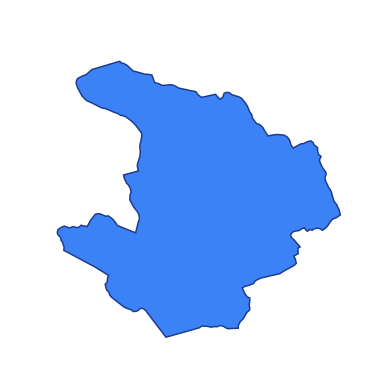 Iguatu, Ceará, Brazil, rotated 258°
{"feature_id": "56859067B45961762145701", "entity_name": "Iguatu", "entity_type": "district", "adm_level": 2, "iso_a3": "BRA", "parent_name": "Brazil", "parent_adm1": "Ceará", "projection": "robinson", "projection_center": [-39.268, -6.353], "detail": "fine", "context": "isolated", "style": "filled", "palette": "blue", "viewbox_px": 384, "rotation_deg": 258, "n_neighbors": 0, "source": "geoboundaries", "source_scale": "gbopen_adm2", "svg_char_len": 3473}
<svg xmlns="http://www.w3.org/2000/svg" viewBox="0 0 384 384"><g transform="rotate(258 192 192)"><path d="M57.7,171.2L58.9,173.5L58.1,176.5L57.5,178.8L55.8,182.7L55.7,185.9L55.0,188.3L55.4,190.5L55.2,193.0L53.7,195.2L51.7,197.3L50.7,199.1L50.3,202.3L49.1,208.9L52.0,209.7L55.2,212.3L57.0,215.3L59.2,217.5L60.8,218.9L62.8,220.6L64.3,223.6L66.7,224.5L69.0,224.4L71.1,224.9L73.6,225.9L76.4,226.5L77.9,224.2L81.0,222.8L84.6,221.9L87.7,221.3L88.7,224.1L88.8,227.8L89.3,231.2L89.8,233.4L92.0,235.4L93.5,241.1L93.7,251.6L93.8,260.7L96.2,267.3L98.9,276.6L100.6,279.2L104.6,279.1L108.2,278.4L109.0,280.8L109.5,283.0L112.4,283.4L115.1,284.1L115.8,286.3L123.5,282.1L126.6,280.0L129.4,279.4L131.8,281.8L132.3,285.3L132.0,288.7L133.2,291.7L133.6,294.6L131.3,295.3L129.6,296.7L130.9,299.6L129.6,301.6L130.6,303.7L130.7,306.7L129.7,309.3L127.4,311.8L129.2,315.6L131.3,318.3L133.8,320.7L136.3,324.0L136.8,327.6L137.8,330.2L138.7,332.3L143.9,332.2L147.3,331.3L149.5,331.0L151.5,329.8L154.0,328.9L156.3,328.8L159.0,328.5L163.0,328.3L165.7,327.7L168.2,326.5L171.4,325.9L173.4,325.3L176.4,324.8L179.0,325.3L181.4,327.0L183.9,326.9L187.0,325.4L190.4,324.2L194.0,323.5L196.9,323.3L199.9,325.6L202.7,323.5L205.6,323.4L209.5,324.0L212.9,321.1L215.2,320.7L217.3,318.9L217.3,316.4L216.8,313.6L216.2,311.1L216.5,308.6L215.6,305.7L214.7,302.6L213.9,300.2L217.3,298.6L220.5,298.5L223.1,298.0L225.9,296.7L228.2,294.3L229.2,291.7L230.6,287.1L231.0,282.3L231.0,278.0L237.1,275.7L240.4,274.7L242.7,273.2L244.4,271.5L245.6,269.3L249.1,267.7L252.0,266.4L255.1,266.6L258.1,265.2L261.7,264.5L264.7,264.0L268.6,262.4L272.3,260.6L274.0,259.3L275.5,257.4L278.9,251.2L281.4,249.2L282.3,246.5L281.8,243.9L278.1,241.7L276.9,238.5L280.6,236.4L282.6,235.4L282.6,227.6L282.6,221.1L285.8,218.1L289.3,216.7L290.6,213.9L291.5,211.3L293.1,208.2L294.8,204.2L296.4,200.7L298.8,198.0L300.2,196.2L301.4,193.6L302.1,187.1L302.6,184.7L304.4,182.7L306.9,178.2L310.9,177.7L314.8,177.0L316.1,173.9L316.9,170.7L318.7,167.3L321.1,162.7L322.6,159.5L328.4,155.6L330.1,154.2L331.4,152.5L333.0,149.8L334.9,148.4L332.6,119.6L328.8,112.9L328.4,109.9L327.4,105.4L326.4,103.2L324.2,101.8L322.2,101.3L320.1,101.5L317.6,101.8L309.0,104.3L304.1,107.3L302.3,109.2L300.9,111.3L298.9,113.8L297.2,116.0L295.5,118.0L292.7,121.8L291.5,124.8L288.6,129.1L286.5,131.9L284.0,136.0L281.9,138.0L280.9,140.5L279.3,142.9L276.3,145.6L271.0,149.7L263.8,153.3L259.9,155.0L256.4,154.2L252.5,152.6L249.7,151.2L246.4,150.2L244.1,150.1L240.5,149.4L237.5,148.3L234.0,146.4L231.2,144.7L228.8,143.9L226.3,143.9L223.7,143.7L222.9,128.6L220.0,128.6L217.2,129.1L214.8,129.7L211.0,131.7L207.6,132.5L204.4,132.3L202.1,130.8L197.2,129.5L189.2,131.9L184.4,134.3L181.3,135.3L178.3,135.2L176.3,134.9L174.5,133.6L171.1,131.9L163.8,128.4L166.4,124.4L174.8,112.0L178.0,110.9L181.5,109.1L184.3,106.8L186.0,105.2L186.4,102.3L188.1,99.8L189.8,97.4L190.4,95.3L190.3,92.7L187.6,89.6L185.4,86.9L182.2,84.2L180.0,82.2L181.5,78.6L182.6,76.6L181.3,74.7L181.0,72.2L182.1,70.1L183.0,68.1L182.3,65.2L183.2,63.1L185.2,60.0L184.7,57.2L183.2,53.2L180.1,51.7L177.9,52.1L174.8,54.0L171.7,53.9L169.7,55.0L167.4,55.0L165.0,55.5L161.5,54.5L156.2,60.9L147.3,71.4L145.4,73.7L138.2,82.2L127.6,93.1L125.2,91.4L121.5,90.3L119.8,87.9L116.7,87.9L113.8,88.2L111.7,89.7L108.5,90.1L106.0,91.2L93.8,101.4L91.9,103.8L90.6,106.0L89.3,108.2L87.3,109.6L87.0,112.2L87.1,114.4L88.5,116.2L88.8,118.7L87.5,120.7L85.5,122.1L55.4,136.3L55.6,139.9L57.7,171.2Z" fill="#3b82f6" stroke="#1e3a8a" stroke-width="1.5"/></g></svg>